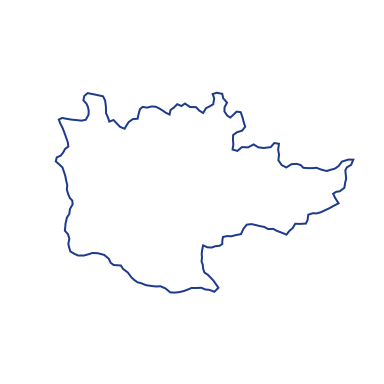 São Gonçalo do Pará, Minas Gerais, Brazil (Albers equal-area conic projection), rotated 105°
{"feature_id": "56859067B13989026202500", "entity_name": "São Gonçalo do Pará", "entity_type": "district", "adm_level": 2, "iso_a3": "BRA", "parent_name": "Brazil", "parent_adm1": "Minas Gerais", "projection": "albers", "projection_center": [-44.836, -19.973], "detail": "fine", "context": "isolated", "style": "outline", "palette": "blue", "viewbox_px": 384, "rotation_deg": 105, "n_neighbors": 0, "source": "geoboundaries", "source_scale": "gbopen_adm2", "svg_char_len": 2878}
<svg xmlns="http://www.w3.org/2000/svg" viewBox="0 0 384 384"><g transform="rotate(105 192 192)"><path d="M280.9,294.1L282.2,289.4L282.8,285.5L281.4,280.1L278.7,275.5L276.7,272.5L275.5,267.0L275.5,260.5L278.0,255.1L281.4,252.3L282.8,248.8L282.1,245.2L281.4,241.7L284.2,238.6L286.4,233.1L290.3,228.2L292.0,224.8L293.3,221.3L293.3,217.0L293.9,212.7L293.4,207.8L292.6,202.3L291.2,198.1L292.0,192.7L294.6,187.0L293.7,182.9L292.2,178.8L289.8,174.3L287.4,170.9L284.8,167.6L283.7,163.3L282.1,158.2L282.7,153.8L282.0,149.8L282.6,144.6L277.7,141.7L274.5,145.4L271.9,148.5L270.0,151.7L267.9,155.2L266.6,159.1L263.4,161.3L259.5,162.8L256.6,164.8L252.7,165.4L249.3,166.6L245.3,167.2L240.7,167.4L241.4,162.8L240.6,158.7L238.3,155.4L236.9,151.6L234.5,149.3L231.2,150.1L227.4,150.5L225.4,146.4L224.6,142.5L222.5,138.9L220.0,133.8L214.0,132.7L209.4,130.7L207.6,126.2L207.4,121.8L207.4,117.7L207.0,113.2L208.1,108.9L206.6,104.0L207.6,99.9L208.0,95.4L208.7,89.7L204.4,87.9L200.8,85.4L196.0,84.1L194.7,78.9L193.0,73.8L189.1,73.1L183.8,73.8L181.2,69.7L180.4,66.0L178.1,62.2L174.8,58.3L172.1,55.1L168.5,51.4L165.0,47.5L160.7,52.2L157.2,55.2L154.5,52.8L153.1,49.5L148.5,45.9L143.2,46.5L139.3,46.5L135.6,47.9L131.5,49.5L128.1,48.8L124.6,45.3L119.0,44.6L120.3,49.5L123.9,55.1L129.0,57.1L132.6,60.2L134.5,63.6L136.9,67.5L136.9,73.2L136.4,78.0L137.9,82.2L139.0,86.4L139.8,90.8L137.9,93.8L137.7,98.1L139.3,103.0L143.9,107.3L142.8,112.3L139.0,116.8L133.4,117.6L129.0,119.7L122.9,120.5L123.4,125.2L128.3,127.6L130.9,134.1L131.7,139.5L130.1,144.8L134.4,149.4L135.7,155.4L140.6,158.8L140.5,163.8L135.2,164.4L130.9,166.0L126.3,167.0L122.6,164.0L119.8,159.5L115.2,157.5L111.9,159.7L106.9,162.5L102.3,165.6L102.8,169.7L106.5,171.9L110.2,174.3L109.0,177.9L105.8,181.5L101.7,182.5L96.6,181.3L93.4,186.1L89.4,188.2L89.7,193.7L92.0,197.4L95.8,194.8L101.7,194.2L105.0,197.4L107.3,200.1L112.8,201.7L111.5,206.0L109.0,210.1L110.4,215.9L108.4,221.7L111.7,224.5L111.0,229.0L115.1,231.3L118.4,234.0L123.0,233.7L122.2,237.8L120.9,241.5L119.8,245.0L119.0,249.3L120.0,253.5L122.1,257.2L122.6,261.7L125.4,263.7L130.1,263.8L135.3,263.5L136.9,268.0L140.9,271.3L144.7,272.5L148.3,273.5L147.7,278.4L145.3,282.3L142.8,286.4L145.4,290.1L142.0,292.3L138.2,295.4L132.0,297.2L126.1,299.6L122.6,302.7L122.8,307.4L123.1,312.5L123.5,318.4L127.2,320.9L131.6,320.6L134.1,316.7L137.0,314.4L140.3,312.8L144.2,311.9L149.7,313.3L151.7,317.2L152.4,322.1L153.2,326.6L153.7,331.6L154.1,336.6L156.5,339.4L159.6,337.2L163.5,333.7L167.6,330.7L171.5,328.0L176.2,324.8L180.1,323.2L183.2,325.7L187.3,326.7L190.8,328.2L193.6,331.6L197.7,331.5L199.7,327.4L201.8,323.5L206.1,320.6L209.9,318.2L213.2,316.7L217.5,314.3L222.1,313.5L225.7,311.3L229.3,308.6L231.3,305.4L234.8,304.1L240.2,305.5L244.9,304.8L249.0,306.2L254.9,306.0L262.3,304.8L264.9,300.8L268.9,298.4L274.2,298.0L277.2,296.4L280.9,294.1Z" fill="none" stroke="#1e3a8a" stroke-width="2"/></g></svg>